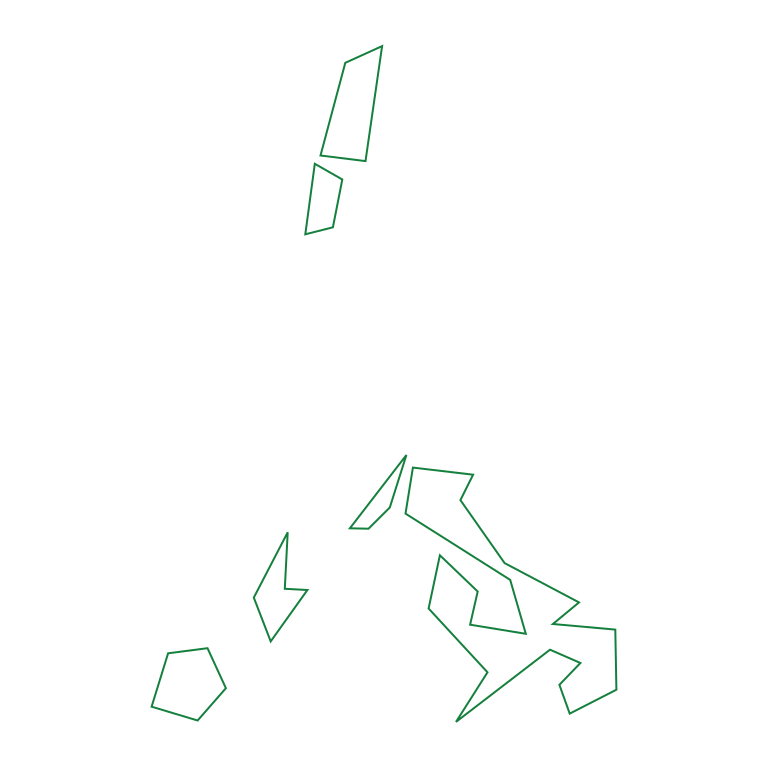 the border of Nagasaki
{"feature_id": "JPN-3500", "entity_name": "Nagasaki", "entity_type": "Prefecture", "adm_level": 1, "iso_a3": "JPN", "parent_name": "Japan", "parent_adm1": "", "projection": "albers", "projection_center": [129.432, 33.635], "detail": "coarse", "context": "isolated", "style": "outline", "palette": "green", "viewbox_px": 768, "rotation_deg": 0, "n_neighbors": 0, "source": "natural_earth", "source_scale": "10m", "svg_char_len": 717}
<svg xmlns="http://www.w3.org/2000/svg" viewBox="0 0 768 768"><path d="M579.0,602.4L552.9,624.0L615.3,629.6L616.4,689.7L569.7,713.6L559.4,684.8L580.4,663.0L550.0,649.7L456.0,721.9L487.5,672.3L428.6,608.5L439.9,555.3L477.7,591.5L470.1,624.7L525.8,633.8L510.2,579.9L405.5,513.6L412.9,467.6L473.1,474.7L460.4,500.1L504.6,563.1L579.0,602.4ZM382.1,46.1L365.5,161.1L320.5,155.5L345.3,62.8L382.1,46.1ZM225.9,688.2L197.6,720.5L151.6,706.7L168.1,653.3L207.5,648.2L225.9,688.2ZM342.3,179.5L332.9,227.3L305.3,234.3L314.8,163.8L342.3,179.5ZM284.8,588.8L307.4,590.0L270.7,641.4L253.8,597.6L287.7,532.3L284.8,588.8ZM406.4,455.0L389.8,507.5L368.5,528.7L349.9,528.3L406.4,455.0Z" fill="none" stroke="#15803d" stroke-width="2"/></svg>